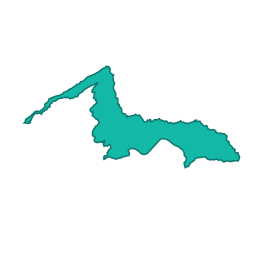 outline of Lavandeira, Tocantins, Brazil, rotated 162°
{"feature_id": "56859067B90038949596503", "entity_name": "Lavandeira", "entity_type": "district", "adm_level": 2, "iso_a3": "BRA", "parent_name": "Brazil", "parent_adm1": "Tocantins", "projection": "orthographic", "projection_center": [-46.372, -12.823], "detail": "fine", "context": "isolated", "style": "filled", "palette": "teal", "viewbox_px": 256, "rotation_deg": 162, "n_neighbors": 0, "source": "geoboundaries", "source_scale": "gbopen_adm2", "svg_char_len": 5182}
<svg xmlns="http://www.w3.org/2000/svg" viewBox="0 0 256 256"><g transform="rotate(162 128 128)"><path d="M38.1,92.8L39.4,93.2L40.6,93.9L41.8,94.5L43.0,94.8L44.3,95.5L45.8,96.5L45.4,97.7L46.3,99.3L47.5,100.2L49.4,100.3L50.8,101.0L51.8,102.1L52.3,103.4L52.2,104.9L52.7,106.1L54.2,106.0L55.9,107.0L55.9,108.5L56.8,109.5L57.2,110.6L57.5,112.2L59.3,112.7L61.5,112.9L60.5,114.2L61.9,114.7L63.5,113.9L64.9,113.5L66.2,113.8L67.5,113.9L69.1,113.4L70.5,114.4L72.3,114.8L73.0,116.2L74.0,116.6L75.2,116.9L75.8,118.6L77.4,117.9L78.9,118.3L80.3,117.9L81.7,118.3L83.1,117.8L83.9,118.8L85.1,119.2L85.8,120.2L86.8,119.7L88.0,120.2L88.7,121.8L89.7,123.0L91.3,122.8L92.3,124.1L93.7,125.0L94.7,125.7L95.4,127.3L97.3,126.7L99.1,127.4L100.4,127.7L101.4,127.2L102.8,126.6L104.1,126.9L103.8,128.4L104.8,129.4L106.0,128.4L107.1,129.5L108.0,128.6L109.1,128.0L110.3,128.6L111.2,129.9L111.3,131.2L112.5,135.2L113.1,136.7L114.7,136.8L115.6,137.4L116.7,138.7L119.0,138.0L120.0,138.5L121.5,138.6L122.6,138.1L124.8,139.7L125.5,138.7L126.0,140.4L126.0,141.9L127.8,143.1L128.9,143.9L128.8,146.1L128.2,148.0L128.5,149.8L129.8,150.9L129.3,151.9L129.1,153.3L130.6,154.1L129.7,155.6L129.1,157.5L128.5,159.1L130.6,160.9L129.3,163.3L129.0,165.2L129.3,167.2L129.7,168.8L129.5,170.6L128.6,172.7L127.3,173.9L126.9,175.3L127.3,177.3L126.9,179.1L127.0,180.3L126.2,182.0L125.2,182.7L126.8,184.4L127.7,186.0L127.6,187.4L126.9,189.4L126.7,190.6L127.5,192.5L128.8,192.9L129.9,193.4L130.6,192.5L132.0,192.3L133.3,192.5L134.9,191.8L136.2,191.6L137.1,190.8L139.1,190.4L141.1,190.1L143.0,189.6L145.9,189.3L147.3,189.2L148.8,189.2L150.0,189.1L151.6,188.7L152.9,188.0L154.2,187.3L155.7,186.7L157.4,186.4L158.8,186.6L160.0,185.5L161.9,185.0L163.2,185.3L164.8,184.5L165.8,184.2L168.1,183.6L169.5,183.0L170.9,183.1L173.7,182.2L174.9,181.9L176.4,181.6L177.8,181.9L178.8,181.1L180.1,180.6L181.9,180.5L183.0,180.0L184.7,180.4L186.0,180.5L187.3,180.6L192.7,180.2L194.4,179.7L195.7,178.0L196.6,177.2L198.8,176.9L199.8,176.1L200.4,173.7L202.3,173.0L203.6,172.1L205.1,171.8L206.7,171.1L208.0,171.3L208.9,172.1L211.4,172.3L212.8,171.3L214.8,170.7L216.4,169.7L217.5,169.2L219.4,168.9L220.8,168.1L222.2,168.1L223.1,167.1L223.9,165.6L225.2,165.0L223.2,164.1L222.0,163.3L220.4,163.0L219.0,163.6L219.6,164.7L217.5,165.6L216.5,167.1L215.2,168.1L214.2,169.1L212.6,170.2L211.2,170.7L210.2,169.7L208.5,169.7L207.2,169.4L206.0,167.8L205.2,169.2L202.9,169.8L201.3,170.4L199.7,170.6L198.6,171.2L198.1,172.3L196.8,172.3L195.5,172.3L195.7,173.7L194.5,174.9L193.1,175.0L191.9,176.1L190.1,176.5L188.4,176.0L186.9,176.8L185.8,177.3L184.7,177.1L183.5,177.3L182.0,176.8L180.5,176.9L179.1,176.8L177.8,175.9L176.5,176.5L175.5,175.5L174.5,174.1L172.7,173.6L171.0,173.4L169.5,173.8L168.2,174.3L167.0,173.3L165.6,174.1L164.8,175.2L163.8,175.7L162.0,176.2L160.2,176.4L158.6,177.7L157.3,177.9L156.1,178.4L154.7,178.7L153.1,179.2L151.5,179.2L150.5,179.8L149.1,179.5L147.7,179.6L146.4,179.8L144.8,180.4L143.0,180.3L143.8,179.2L145.0,178.7L146.2,178.0L147.2,177.5L148.1,176.9L149.1,175.8L150.2,175.2L151.2,173.3L150.0,172.3L148.6,172.1L149.3,170.9L150.1,169.8L150.7,168.6L151.6,167.5L150.9,166.0L149.7,165.1L150.3,163.8L149.6,162.9L149.8,161.5L150.8,161.2L151.9,160.6L153.5,160.1L154.6,159.1L156.0,158.7L157.5,158.0L158.6,156.9L158.4,155.5L157.6,154.1L156.3,154.1L157.5,152.3L158.2,150.6L157.0,149.4L156.3,147.9L155.7,146.5L154.2,145.3L153.9,143.5L154.0,141.5L155.6,140.7L157.2,139.5L158.5,139.7L159.2,138.5L160.8,137.6L162.1,136.3L163.0,135.1L163.5,133.7L164.0,132.3L163.6,130.7L162.4,130.2L162.2,128.8L163.2,128.1L163.9,126.7L164.0,125.3L162.9,124.6L161.9,123.6L160.5,123.4L159.0,123.6L157.9,122.7L156.7,122.3L155.9,123.1L154.4,123.4L154.5,122.1L155.6,121.4L156.4,120.1L156.4,118.0L154.4,118.1L152.9,117.2L151.9,117.8L150.3,117.8L150.3,116.0L150.6,114.0L152.0,113.5L153.4,112.8L154.4,111.7L155.5,110.9L155.7,109.5L156.7,108.2L158.1,108.6L159.2,108.7L160.3,107.3L160.5,105.6L159.0,105.8L157.5,106.3L156.1,106.5L154.8,106.4L153.7,105.9L152.6,104.5L150.9,103.9L150.1,102.6L148.4,102.0L146.6,102.3L144.8,101.9L143.0,101.8L141.9,102.3L140.4,102.0L138.7,101.7L137.1,102.0L135.7,101.4L134.4,103.3L134.7,105.2L134.9,106.5L133.3,107.2L131.6,107.6L129.9,107.0L128.1,106.2L126.8,104.7L125.8,103.6L124.9,102.3L124.0,100.6L123.1,99.2L121.9,98.3L120.4,97.8L118.7,97.7L117.4,97.9L100.0,107.6L95.3,105.8L92.4,102.5L90.9,100.0L88.8,97.0L85.6,94.5L84.7,92.5L83.3,91.2L82.6,89.2L82.3,87.4L82.3,85.9L83.0,85.0L82.5,83.4L81.7,81.6L82.2,80.1L82.9,79.1L84.1,78.2L85.5,77.5L85.9,72.6L84.1,72.9L82.6,72.8L80.9,74.0L79.7,75.2L78.1,75.7L75.8,76.5L74.5,77.1L73.5,78.0L72.4,78.4L70.8,78.2L69.1,77.8L67.6,77.5L66.1,77.2L64.8,77.0L63.6,76.9L63.1,75.6L62.3,74.9L62.0,73.8L61.1,73.2L59.5,72.3L57.7,71.9L56.4,71.2L54.9,71.1L53.3,71.1L52.5,70.2L51.6,69.2L50.2,69.2L49.1,68.6L48.5,67.4L47.5,66.1L45.7,66.1L44.2,66.4L43.1,65.9L42.3,65.1L41.1,64.4L40.0,64.2L38.4,64.1L36.9,63.9L35.7,63.7L34.7,63.3L33.6,62.6L32.5,63.5L31.4,64.9L30.8,66.1L31.0,67.5L31.3,68.9L31.0,70.5L32.8,70.6L33.4,71.9L33.7,73.3L32.8,74.2L33.8,75.7L34.7,76.4L34.7,77.6L35.3,78.8L36.2,80.1L36.5,82.1L36.2,83.8L37.5,85.0L38.1,86.4L37.3,87.9L36.6,89.0L36.4,90.2L37.5,91.3L38.1,92.8Z" fill="#14b8a6" stroke="#0f766e" stroke-width="1.5"/></g></svg>